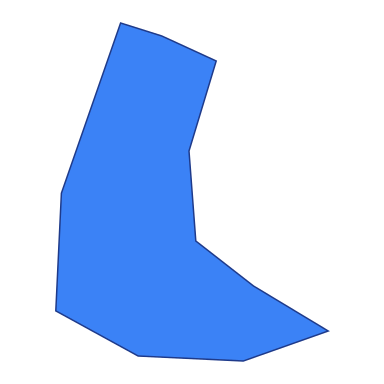 Gamprin, Mercator projection
{"feature_id": "LIE-4897", "entity_name": "Gamprin", "entity_type": "state/province", "adm_level": 1, "iso_a3": "LIE", "parent_name": "Liechtenstein", "parent_adm1": "", "projection": "mercator", "projection_center": [9.505, 47.21], "detail": "fine", "context": "isolated", "style": "filled", "palette": "blue", "viewbox_px": 384, "rotation_deg": 0, "n_neighbors": 0, "source": "natural_earth", "source_scale": "10m", "svg_char_len": 270}
<svg xmlns="http://www.w3.org/2000/svg" viewBox="0 0 384 384"><path d="M55.8,310.9L61.4,193.2L120.6,23.0L161.8,36.0L216.2,61.0L189.0,151.0L195.8,241.0L253.5,286.0L328.2,331.0L243.3,361.0L138.1,356.0L55.8,310.9Z" fill="#3b82f6" stroke="#1e3a8a" stroke-width="1.5"/></svg>